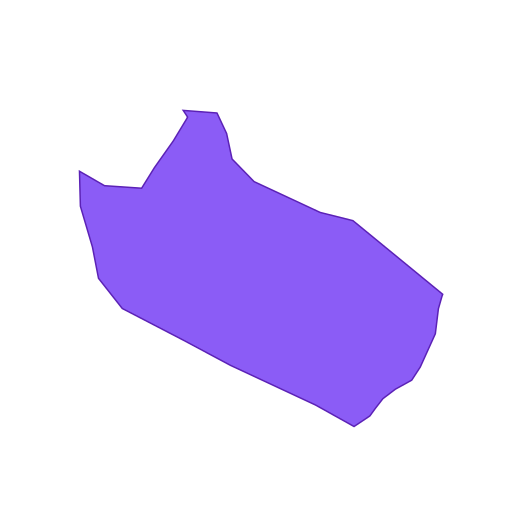 Sasang-gu, Busan, South Korea (Equal Earth projection), rotated 295°
{"feature_id": "91817680B50207003035", "entity_name": "Sasang-gu", "entity_type": "district", "adm_level": 2, "iso_a3": "KOR", "parent_name": "South Korea", "parent_adm1": "Busan", "projection": "equal_earth", "projection_center": [128.994, 35.156], "detail": "fine", "context": "isolated", "style": "filled", "palette": "violet", "viewbox_px": 512, "rotation_deg": 295, "n_neighbors": 0, "source": "geoboundaries", "source_scale": "gbopen_adm2", "svg_char_len": 683}
<svg xmlns="http://www.w3.org/2000/svg" viewBox="0 0 512 512"><g transform="rotate(295 256 256)"><path d="M258.2,60.2L226.9,75.8L195.1,103.9L169.2,122.7L151.9,157.0L149.0,225.8L146.1,279.0L146.1,313.4L146.1,354.0L146.1,372.8L142.9,416.9L159.2,426.8L168.5,428.6L180.3,431.3L194.2,438.6L209.3,449.6L224.8,451.8L261.3,451.4L285.3,443.6L299.2,441.4L299.2,441.5L300.2,441.4L329.0,328.9L322.6,295.8L322.6,292.4L322.6,292.2L322.6,261.1L322.6,222.8L333.8,193.3L354.6,177.6L368.7,160.7L369.1,160.2L368.9,159.6L357.2,128.5L356.6,129.5L353.0,135.3L352.1,135.2L352.0,135.3L325.3,132.4L293.2,126.6L269.1,123.7L255.7,89.0L258.2,60.2Z" fill="#8b5cf6" stroke="#5b21b6" stroke-width="1.5"/></g></svg>